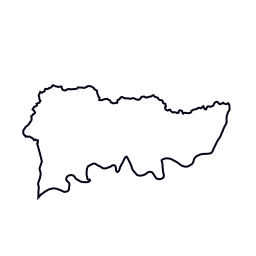 the district of São Salvador do Tocantins, Tocantins, Brazil, rotated 79°
{"feature_id": "56859067B16316133486667", "entity_name": "São Salvador do Tocantins", "entity_type": "district", "adm_level": 2, "iso_a3": "BRA", "parent_name": "Brazil", "parent_adm1": "Tocantins", "projection": "orthographic", "projection_center": [-48.352, -12.54], "detail": "fine", "context": "isolated", "style": "outline", "palette": "ink", "viewbox_px": 256, "rotation_deg": 79, "n_neighbors": 0, "source": "geoboundaries", "source_scale": "gbopen_adm2", "svg_char_len": 5900}
<svg xmlns="http://www.w3.org/2000/svg" viewBox="0 0 256 256"><g transform="rotate(79 128 128)"><path d="M86.8,213.2L88.5,213.0L89.1,214.6L89.4,216.2L90.6,217.3L91.5,218.1L92.5,217.3L93.6,216.8L95.0,216.2L96.1,217.2L96.6,218.8L97.6,219.7L98.0,220.8L99.0,220.7L100.2,220.8L101.2,221.0L102.2,221.5L103.2,222.5L103.9,223.4L104.7,223.9L105.4,224.8L106.2,225.7L107.1,227.7L107.7,228.5L108.7,229.4L109.8,230.7L111.0,231.4L113.3,231.8L114.6,231.5L115.8,230.5L117.0,230.1L116.8,229.1L117.5,228.1L117.5,226.5L118.3,225.5L119.0,224.8L119.7,223.8L120.9,223.0L122.0,222.5L121.5,221.3L122.6,220.4L122.9,218.8L124.3,219.1L125.3,219.3L125.9,220.2L126.9,220.2L128.2,219.9L138.6,219.2L141.1,219.1L144.5,218.9L150.4,222.4L152.0,222.6L153.2,222.5L154.3,222.4L155.6,222.5L157.0,222.6L158.4,223.3L159.5,223.6L160.8,224.2L162.3,225.3L163.5,225.9L164.6,226.4L165.7,227.0L166.8,227.0L167.8,226.8L169.1,226.9L170.2,227.1L173.1,228.0L174.8,228.4L176.9,228.7L177.9,229.0L179.2,229.3L178.4,228.2L176.8,226.4L176.4,225.5L176.0,224.5L175.4,223.3L174.8,221.9L174.2,220.5L173.9,219.4L173.3,217.9L173.1,216.4L173.1,215.3L172.9,213.7L173.1,212.3L173.6,211.0L174.0,209.7L174.6,208.7L175.3,207.6L176.0,206.3L176.7,205.3L177.5,204.4L178.3,203.2L178.7,202.0L178.7,200.8L178.5,199.3L177.7,198.1L176.7,197.7L172.8,196.4L171.2,196.2L169.6,197.0L168.4,198.0L167.1,198.5L165.6,198.2L164.4,197.3L163.6,196.1L163.2,194.4L163.3,193.0L163.6,191.8L164.3,190.8L164.9,190.1L166.2,189.5L167.5,189.0L168.4,188.3L169.2,187.5L170.0,186.4L170.9,185.5L171.7,184.5L172.1,183.4L172.4,182.5L172.8,181.3L173.1,180.2L173.3,179.0L173.4,177.7L173.2,176.4L172.3,175.2L171.3,175.5L171.1,176.9L170.3,177.6L168.9,177.5L167.2,177.5L166.0,177.6L165.0,177.4L164.1,177.1L162.9,176.9L162.0,176.7L160.8,176.3L159.8,175.9L159.0,175.4L158.0,174.4L157.5,173.2L157.1,171.6L156.5,170.0L156.4,168.9L156.5,167.9L156.9,166.9L157.6,166.1L158.5,165.3L159.2,164.5L159.8,163.7L160.4,162.6L161.5,161.7L162.5,160.5L163.0,159.5L163.3,158.1L163.3,156.7L163.1,155.4L162.9,154.2L162.7,152.9L162.2,151.6L161.7,150.4L161.7,149.3L162.3,148.1L163.6,147.5L165.1,147.5L166.3,147.7L167.5,147.9L168.5,147.5L169.3,146.6L168.7,145.5L167.6,144.6L164.5,142.9L163.0,141.7L161.1,140.1L160.3,139.4L159.2,138.6L158.2,137.9L157.3,137.2L156.2,136.2L155.8,134.9L156.8,134.4L157.8,134.0L160.3,133.4L161.5,133.0L162.5,132.7L163.5,132.5L165.1,132.1L166.9,131.8L168.4,131.7L169.6,131.5L170.7,131.0L171.6,130.5L174.6,128.8L175.6,128.3L176.4,127.1L176.9,125.9L177.2,124.3L177.2,121.9L177.0,120.8L176.6,119.6L176.1,118.6L175.5,117.3L175.1,115.8L175.2,114.6L175.9,113.1L177.0,112.3L178.1,111.8L179.1,111.4L180.4,110.9L182.1,110.2L183.2,109.4L184.0,108.0L184.3,106.5L184.2,105.2L183.9,103.7L183.0,102.4L181.6,101.9L180.1,101.8L179.0,101.8L177.8,101.9L176.6,101.9L175.5,101.7L174.2,101.6L172.9,101.5L171.9,101.3L170.4,101.1L169.1,101.1L167.9,101.2L166.7,101.3L165.8,100.9L165.4,99.6L165.1,98.4L165.0,97.4L165.1,96.3L165.3,95.2L165.7,93.8L166.3,92.4L166.9,91.4L167.9,90.1L168.8,89.1L169.6,88.0L170.5,86.9L172.5,85.0L173.6,84.0L174.4,83.2L175.2,82.4L175.8,81.4L176.3,80.5L176.8,79.5L177.0,78.3L177.2,77.3L177.0,76.1L176.5,74.5L176.0,73.1L175.6,72.1L175.0,71.3L173.9,70.5L172.9,69.9L172.0,69.5L171.1,69.0L170.4,68.4L169.6,67.4L168.8,66.1L168.3,64.5L168.0,63.1L167.8,62.0L167.7,60.5L167.9,58.7L168.0,57.5L168.3,56.3L168.5,54.8L168.6,52.9L168.5,51.6L168.1,50.7L167.5,49.9L166.3,49.0L165.2,48.3L164.4,47.7L162.0,45.9L161.0,45.1L160.0,44.4L158.9,43.6L157.6,42.5L156.4,41.5L155.4,40.3L154.1,39.1L153.1,38.3L150.3,36.6L149.3,35.7L148.4,35.3L146.2,33.8L145.0,33.0L144.3,32.3L143.5,31.6L142.6,31.0L141.6,30.3L140.2,29.9L138.8,29.7L137.2,29.4L135.9,29.1L134.7,28.5L133.7,28.0L132.8,27.5L131.7,26.9L130.8,26.2L130.0,25.3L129.1,24.7L128.0,24.5L126.7,24.4L125.3,24.2L123.9,24.4L122.7,25.0L123.3,26.5L123.3,27.5L122.6,28.2L122.3,29.2L121.3,29.8L121.7,31.0L122.3,32.6L121.6,34.0L120.4,34.5L119.1,35.8L119.5,37.5L120.3,38.7L121.4,39.3L122.4,40.3L122.7,41.6L122.9,43.1L122.2,44.4L122.1,45.6L122.7,46.6L123.7,47.1L124.6,47.9L124.1,49.1L122.8,49.4L121.0,50.0L122.1,51.6L122.5,53.1L121.7,54.2L121.8,55.8L122.5,57.1L122.5,58.5L122.5,60.0L122.9,61.6L123.4,62.6L124.4,62.9L125.0,64.2L125.1,65.5L124.7,66.9L124.2,68.4L123.8,70.0L124.4,71.0L123.0,71.6L121.6,71.7L121.1,72.5L120.4,73.7L121.2,75.0L122.6,75.4L122.8,76.7L122.2,77.6L121.6,78.7L121.2,79.7L121.4,80.9L120.5,81.8L119.6,82.8L118.2,83.0L117.9,84.3L118.5,85.6L117.7,86.9L116.7,87.6L115.6,87.7L114.6,87.7L114.0,86.6L112.6,86.7L111.3,86.8L110.7,88.2L109.9,88.9L108.7,88.8L107.5,89.1L107.0,90.2L106.7,91.3L105.7,92.4L104.3,92.9L103.3,93.9L102.9,95.2L102.2,96.0L100.9,96.5L100.6,97.4L101.0,98.3L101.5,99.4L101.3,100.7L101.5,101.9L101.6,103.5L101.4,105.0L100.6,105.5L100.1,106.6L100.0,108.1L100.6,109.6L101.7,110.4L102.3,111.9L101.9,113.5L101.2,114.9L100.3,115.9L99.8,117.1L99.5,118.3L99.8,119.7L99.5,121.1L98.9,122.2L98.6,123.6L98.3,125.4L97.5,126.4L96.6,127.6L96.4,128.8L97.4,130.2L98.3,131.1L98.3,132.3L99.0,133.3L100.1,133.3L101.2,133.8L101.0,135.2L101.1,136.6L101.0,137.8L100.2,138.8L99.6,140.0L98.3,140.1L97.4,140.5L96.6,141.7L95.4,142.8L95.2,144.6L95.3,146.1L95.6,148.5L95.5,149.8L94.8,151.0L93.8,150.5L92.7,150.1L91.7,151.0L89.9,151.1L88.1,151.6L86.6,151.4L85.1,151.5L84.4,152.6L83.8,153.5L82.7,153.7L81.7,154.5L80.1,156.3L79.6,157.6L79.2,159.3L79.8,160.4L79.8,161.8L80.4,162.9L80.0,164.0L79.8,165.1L79.3,166.1L79.2,167.5L78.6,169.2L79.6,170.7L79.8,172.3L79.4,173.7L79.3,175.1L79.2,176.2L79.0,177.4L78.4,178.3L78.5,179.8L78.6,180.9L79.2,181.9L79.0,183.2L78.2,184.7L77.1,185.1L75.8,185.4L74.6,185.5L74.4,187.1L74.4,188.8L73.6,190.1L73.2,191.3L71.7,193.3L72.2,194.4L73.0,195.0L73.7,196.4L73.8,198.2L74.5,199.3L74.1,200.4L73.9,201.8L74.9,202.5L76.1,202.9L76.3,204.4L76.9,205.6L76.6,206.6L75.9,207.3L76.9,208.0L78.0,208.7L78.8,209.4L79.9,209.5L81.0,209.2L82.1,209.4L83.4,209.4L84.7,208.7L85.4,209.5L86.3,210.3L86.4,211.9L86.8,213.2Z" fill="none" stroke="#020617" stroke-width="2"/></g></svg>